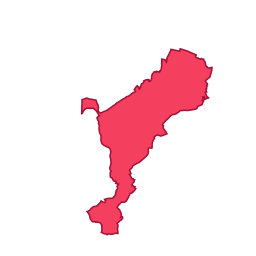 outline of Pauleni-Ciuc, Harghita, Romania, rotated 126°
{"feature_id": "2599482B85925505294604", "entity_name": "Pauleni-Ciuc", "entity_type": "district", "adm_level": 2, "iso_a3": "ROU", "parent_name": "Romania", "parent_adm1": "Harghita", "projection": "orthographic", "projection_center": [25.907, 46.396], "detail": "fine", "context": "isolated", "style": "filled", "palette": "rose", "viewbox_px": 256, "rotation_deg": 126, "n_neighbors": 0, "source": "geoboundaries", "source_scale": "gbopen_adm2", "svg_char_len": 5663}
<svg xmlns="http://www.w3.org/2000/svg" viewBox="0 0 256 256"><g transform="rotate(126 128 128)"><path d="M143.6,173.9L143.1,173.6L139.5,174.1L138.5,173.9L136.1,173.0L134.4,170.2L133.1,168.5L132.4,168.1L132.7,164.7L133.1,163.0L134.1,160.4L134.7,159.5L134.8,158.4L137.3,159.2L138.1,159.1L139.5,156.9L140.0,155.5L140.8,155.1L141.5,154.6L142.2,153.9L142.4,153.4L142.8,152.9L143.8,152.1L145.7,151.0L146.7,150.2L147.4,149.2L148.1,148.7L148.5,148.3L148.9,147.6L149.6,146.1L150.3,145.2L151.4,144.3L153.6,143.0L155.0,141.3L155.6,140.5L155.9,139.8L156.2,137.3L156.2,136.8L155.9,135.9L155.7,134.0L155.3,133.1L155.2,132.3L155.3,130.8L155.7,129.6L157.2,128.2L157.5,127.9L158.7,127.2L160.6,126.5L161.5,125.9L162.9,124.3L163.7,123.3L166.0,121.4L167.8,120.5L170.7,119.4L171.6,118.8L172.1,118.2L172.5,117.1L173.1,116.2L173.6,116.5L174.9,115.9L175.6,115.5L177.0,114.3L178.0,113.6L178.0,111.5L178.1,110.7L179.2,108.9L178.9,106.7L178.2,106.6L179.1,105.1L180.0,105.2L179.6,103.9L178.9,102.7L181.7,102.6L182.1,101.7L183.8,100.6L185.5,100.9L186.4,100.2L186.9,100.2L188.1,99.7L189.9,98.7L191.6,99.0L194.0,99.2L195.7,101.6L197.4,103.5L199.5,104.9L199.6,105.0L199.8,104.6L199.9,104.1L199.8,103.2L202.2,103.1L202.4,104.1L202.7,105.1L202.8,106.9L203.1,106.8L204.5,106.7L209.6,107.4L211.0,108.9L211.6,109.5L212.6,110.0L214.4,110.5L215.3,110.6L215.9,110.3L218.2,111.1L219.7,112.1L220.2,109.9L220.6,109.3L221.0,108.3L221.7,107.3L223.4,105.6L224.3,103.4L224.7,101.8L224.7,101.6L224.6,101.2L223.7,100.4L223.3,99.7L223.0,99.1L223.3,99.0L223.2,98.6L222.9,98.7L222.0,96.9L221.2,95.7L221.2,95.0L221.4,93.9L221.6,93.3L221.6,92.7L222.2,92.2L223.0,91.3L226.0,89.1L227.5,88.4L228.1,88.3L227.6,85.2L227.1,84.3L226.6,83.3L226.6,83.0L226.8,82.5L226.7,82.4L226.5,82.1L224.9,81.4L223.8,78.9L223.0,78.0L220.7,76.5L220.3,76.0L219.6,74.6L219.2,74.1L215.6,77.3L213.9,78.1L212.5,79.1L212.0,79.7L211.6,80.5L211.2,80.7L211.0,80.8L210.3,80.5L209.7,80.4L209.5,80.2L208.0,80.0L206.4,79.4L205.3,79.5L204.5,79.1L203.3,79.9L203.2,80.2L203.5,81.0L204.5,81.5L202.2,82.1L200.9,83.7L199.2,86.5L198.7,90.1L198.1,90.1L196.5,90.4L196.2,90.3L192.2,89.8L191.3,89.1L191.1,88.4L190.4,87.5L188.4,86.5L188.2,86.7L187.2,86.5L186.0,86.6L185.6,86.9L184.2,86.8L183.6,86.9L182.4,87.4L181.3,87.4L179.5,87.8L179.0,87.1L178.5,87.1L178.3,86.9L178.1,86.7L177.4,86.2L176.8,86.3L176.6,86.5L176.5,86.2L175.9,86.1L175.7,86.2L175.3,86.3L174.9,86.0L174.4,86.0L173.7,86.0L172.4,86.1L172.5,87.3L172.4,87.8L171.4,87.8L172.0,89.6L171.8,89.7L171.8,90.0L172.2,90.7L172.3,91.0L169.4,91.7L168.1,91.4L166.7,92.0L166.1,92.1L166.4,92.6L166.7,93.4L166.1,93.8L166.7,94.7L164.6,99.6L163.2,98.7L161.0,102.0L159.9,101.9L159.2,101.5L158.6,101.4L157.7,101.4L156.9,101.6L155.3,101.7L151.2,99.9L150.4,99.5L150.0,99.0L149.3,98.7L142.1,97.0L139.0,96.5L137.0,96.7L136.2,97.0L135.9,97.3L135.3,97.4L134.1,98.5L133.8,98.6L133.1,99.2L132.5,99.4L131.7,99.2L131.4,98.9L131.0,98.4L130.9,97.9L130.7,97.7L130.6,97.3L130.4,97.1L130.4,96.9L130.1,96.8L129.6,97.0L127.4,98.6L125.1,99.9L122.2,100.5L121.0,100.2L119.8,101.6L119.3,101.5L119.2,101.3L117.7,101.0L116.5,100.1L116.2,99.7L115.4,97.1L115.3,96.8L114.4,96.0L109.8,93.0L108.9,94.8L108.5,95.4L108.5,96.5L108.0,97.3L107.6,98.9L107.4,99.4L106.3,100.3L105.4,100.4L105.3,101.6L103.8,102.1L101.8,102.0L100.7,101.7L99.3,101.8L98.6,101.4L96.2,101.0L92.6,100.6L91.2,99.9L89.3,98.2L88.5,97.5L85.1,96.3L83.2,96.0L82.4,95.0L82.3,94.6L81.0,93.3L79.9,91.9L78.9,90.1L74.9,86.1L72.6,84.1L71.5,83.8L68.8,84.1L68.0,83.2L66.7,82.4L65.2,81.8L64.0,82.3L62.7,82.7L62.1,83.1L62.2,83.5L62.3,83.7L62.2,83.9L61.8,82.8L60.7,83.7L59.5,85.3L59.0,85.7L58.0,84.9L58.2,84.7L58.8,83.6L59.1,83.1L59.7,82.7L57.2,81.3L56.4,80.5L56.2,80.5L56.2,82.2L56.2,82.5L54.6,85.2L53.8,86.5L52.6,85.5L51.7,86.8L50.5,87.9L50.0,87.4L47.9,89.0L47.7,88.7L47.1,89.2L46.7,89.6L46.1,89.2L45.4,90.2L45.2,90.8L45.3,91.2L45.1,91.7L44.4,93.1L40.1,92.1L38.7,91.7L34.4,93.2L32.0,94.2L29.6,95.7L30.9,96.9L31.1,96.8L32.4,98.2L31.9,100.0L32.2,100.2L31.9,101.0L32.0,101.4L31.1,102.4L29.6,104.0L29.2,104.6L28.8,106.0L29.0,106.4L28.5,107.0L27.9,107.1L28.5,108.4L28.7,109.6L29.2,109.6L29.9,110.1L30.2,111.8L30.3,112.1L30.3,112.9L30.6,113.2L30.7,113.5L30.8,114.0L30.8,114.3L30.8,114.7L30.2,115.6L29.6,115.9L29.1,115.6L28.8,115.7L30.7,124.7L33.2,132.3L35.2,131.6L35.5,131.3L38.6,138.4L39.1,139.5L40.2,139.0L41.1,138.8L42.7,138.6L44.8,138.1L47.2,137.9L48.1,137.7L49.3,137.3L51.1,136.1L52.1,135.6L51.9,136.4L51.4,137.6L51.0,138.3L52.4,141.2L53.3,140.6L55.0,139.3L55.6,138.9L56.3,138.7L57.6,137.3L58.9,136.9L59.5,136.5L59.7,136.2L60.4,135.9L62.9,135.4L63.0,135.8L64.2,135.4L65.4,138.2L66.0,137.8L67.1,139.9L67.5,139.9L67.9,139.8L69.6,140.0L70.2,140.0L72.4,139.2L73.4,138.4L75.5,137.5L76.3,137.5L76.8,137.4L77.6,137.9L76.8,139.0L77.5,139.3L76.8,139.9L77.4,140.5L77.8,141.1L78.4,141.7L80.6,143.0L80.9,142.3L82.1,142.4L83.2,142.2L83.3,142.3L84.4,143.0L84.8,143.0L87.5,141.9L89.7,141.5L89.8,141.7L88.2,142.0L88.2,142.3L89.2,142.1L89.2,142.3L89.6,142.3L89.1,143.0L88.6,144.0L88.3,145.3L89.4,145.6L91.4,145.6L93.4,145.5L93.3,145.0L93.4,144.5L93.7,143.8L94.0,143.3L95.1,143.8L96.2,144.6L97.8,145.1L98.1,145.3L99.5,145.5L100.7,145.9L101.1,145.9L101.9,146.3L103.5,147.6L105.5,148.0L106.9,148.8L109.8,150.0L110.4,150.2L110.7,150.2L114.2,151.7L116.0,152.2L116.4,152.1L117.0,152.2L117.8,152.7L123.3,154.5L126.1,155.5L127.2,156.0L129.3,157.5L130.5,158.0L131.7,158.9L132.0,159.0L131.9,159.4L132.2,160.7L132.0,161.4L131.7,162.2L130.9,162.8L130.1,163.3L129.0,163.7L126.9,165.9L126.5,166.4L126.6,167.1L126.2,167.6L126.0,167.8L124.2,170.3L126.0,173.9L126.8,175.5L127.3,176.2L127.7,178.1L128.2,179.1L129.4,180.1L130.9,180.9L132.0,181.9L142.8,174.5L143.6,173.9Z" fill="#f43f5e" stroke="#9f1239" stroke-width="1.5"/></g></svg>